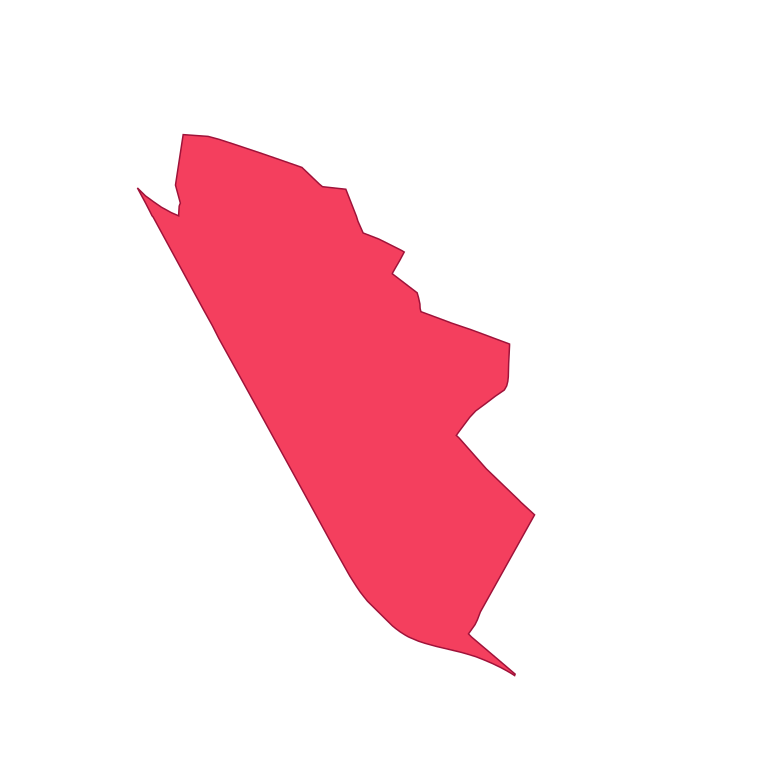 Durbe, Durbes, Latvia, rotated 239°
{"feature_id": "27541924B82522110143581", "entity_name": "Durbe", "entity_type": "district", "adm_level": 2, "iso_a3": "LVA", "parent_name": "Latvia", "parent_adm1": "Durbes", "projection": "equal_earth", "projection_center": [21.377, 56.585], "detail": "fine", "context": "isolated", "style": "filled", "palette": "rose", "viewbox_px": 768, "rotation_deg": 239, "n_neighbors": 0, "source": "geoboundaries", "source_scale": "gbopen_adm2", "svg_char_len": 1529}
<svg xmlns="http://www.w3.org/2000/svg" viewBox="0 0 768 768"><g transform="rotate(239 384 384)"><path d="M67.8,347.0L89.9,339.6L122.1,328.7L126.3,327.7L130.8,338.0L133.7,342.5L138.9,349.1L139.1,349.4L194.3,445.7L212.2,440.4L214.9,439.8L258.6,428.0L296.7,421.0L299.3,420.5L302.7,419.5L304.7,424.1L311.3,440.3L313.7,448.7L314.9,461.3L316.2,472.9L316.9,484.1L319.2,488.2L322.5,491.5L326.2,494.3L337.5,501.5L351.2,510.7L352.4,511.5L353.6,512.2L385.2,487.0L401.4,473.3L427.0,452.9L430.2,453.9L434.1,456.0L440.3,458.1L442.5,458.7L445.2,459.4L446.3,458.9L473.9,448.0L474.2,447.9L474.7,448.4L477.7,453.7L482.0,461.5L486.7,469.3L489.2,468.0L510.8,454.3L524.2,443.9L537.0,445.5L541.8,446.7L570.1,451.5L570.6,451.6L584.8,432.9L588.8,431.5L611.9,425.2L642.0,400.1L660.3,384.5L661.5,383.5L678.8,368.5L686.8,360.8L701.2,340.3L661.9,307.7L643.9,302.6L643.1,301.4L641.9,300.0L634.9,295.2L633.9,294.6L640.5,289.9L650.1,284.3L659.2,280.2L668.2,276.4L679.1,273.6L661.8,272.8L652.4,272.2L647.6,271.8L646.0,272.1L567.6,268.7L539.6,267.5L536.6,267.4L522.0,266.9L508.4,265.9L505.9,265.8L463.8,264.3L418.0,262.6L347.8,259.9L340.5,259.6L268.3,256.7L264.6,256.6L240.7,255.9L236.8,255.8L224.7,256.1L217.7,256.5L212.0,257.2L206.2,258.0L185.1,263.4L182.3,264.1L172.2,266.7L168.3,268.1L163.2,270.2L158.0,272.8L154.8,274.6L152.8,276.0L145.8,281.1L140.5,285.7L132.0,293.8L114.4,311.8L109.5,316.4L102.8,322.4L96.3,327.4L89.1,332.6L81.2,337.8L76.5,340.6L71.2,343.6L67.6,345.4L66.8,345.8L67.8,347.0Z" fill="#f43f5e" stroke="#9f1239" stroke-width="1.5"/></g></svg>